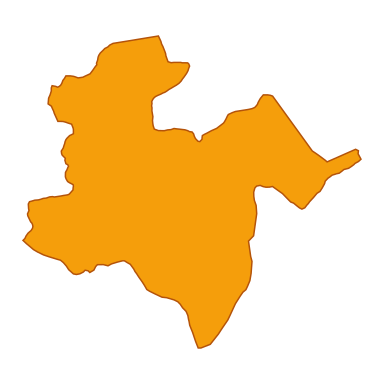 Akoko-Edo, Edo, Nigeria (orthographic projection)
{"feature_id": "59680162B54275853767873", "entity_name": "Akoko-Edo", "entity_type": "district", "adm_level": 2, "iso_a3": "NGA", "parent_name": "Nigeria", "parent_adm1": "Edo", "projection": "orthographic", "projection_center": [6.117, 7.352], "detail": "fine", "context": "isolated", "style": "filled", "palette": "amber", "viewbox_px": 384, "rotation_deg": 0, "n_neighbors": 0, "source": "geoboundaries", "source_scale": "gbopen_adm2", "svg_char_len": 4187}
<svg xmlns="http://www.w3.org/2000/svg" viewBox="0 0 384 384"><path d="M247.6,286.1L249.9,280.6L251.1,273.4L252.0,261.4L250.7,256.6L248.5,241.1L253.6,235.8L256.7,213.7L256.2,206.4L256.1,205.3L254.4,200.5L253.8,196.3L253.7,192.1L254.9,187.9L256.6,186.1L259.0,185.6L260.2,185.4L263.1,186.6L266.0,187.2L269.5,187.1L272.5,186.5L278.4,190.7L282.5,193.6L285.4,196.6L288.9,200.2L290.7,202.0L293.6,203.1L297.2,206.1L299.5,207.9L301.9,209.1L304.8,207.8L307.1,204.8L308.3,203.6L309.5,201.8L313.5,197.5L317.0,193.3L320.0,191.4L322.3,187.8L324.6,183.6L325.2,181.2L328.1,178.1L329.9,176.9L332.2,175.1L334.6,174.4L336.3,173.8L339.2,173.2L341.6,171.4L343.9,169.5L348.6,168.3L351.5,166.4L353.9,164.6L355.0,163.4L358.5,161.5L361.0,159.2L358.1,153.8L358.4,150.7L355.6,149.3L327.1,161.9L325.3,160.3L318.6,155.3L315.3,153.0L312.3,151.0L272.6,96.1L270.4,95.3L267.8,94.9L263.3,94.9L260.4,98.4L259.3,100.3L258.1,102.5L257.4,104.4L256.2,105.9L254.7,107.5L252.1,108.6L249.1,109.3L246.9,109.7L245.0,110.0L239.8,110.8L235.4,111.5L232.4,112.6L228.3,114.5L227.3,116.2L226.0,119.0L224.5,121.7L223.5,123.1L216.6,128.4L213.9,129.6L211.4,130.7L206.6,133.3L204.3,134.4L203.2,135.1L202.4,135.5L202.1,137.4L202.0,139.3L199.8,141.6L197.9,141.2L195.4,138.5L194.3,136.2L193.6,133.9L192.1,132.0L189.5,131.6L188.7,131.2L188.2,130.9L187.5,130.6L184.9,129.8L181.5,129.4L179.0,129.1L176.9,128.9L174.0,128.5L171.0,129.6L167.6,129.9L164.3,130.7L162.8,130.7L159.6,130.6L158.4,130.6L154.3,129.1L153.2,125.8L152.8,123.5L152.5,120.5L152.9,116.7L151.9,110.8L152.0,107.8L151.6,105.9L152.0,103.2L151.7,101.7L152.8,99.4L154.3,97.5L155.8,96.4L158.0,95.3L160.7,94.2L162.9,93.0L164.8,92.3L166.6,91.2L169.2,89.3L170.7,88.5L173.7,86.7L176.3,85.2L179.0,83.3L181.2,81.0L182.4,79.1L183.9,77.2L186.5,73.5L188.0,70.7L188.8,68.0L189.3,66.8L189.6,66.1L188.8,64.0L187.7,62.9L185.5,62.8L182.2,62.8L180.7,62.4L178.5,62.4L176.3,62.4L174.0,62.4L171.1,62.7L168.0,61.7L167.0,58.9L165.9,55.8L165.6,53.6L164.9,51.6L162.9,46.5L161.6,44.0L160.9,41.4L158.4,36.0L145.5,38.1L126.6,41.2L113.0,43.4L109.7,45.1L107.8,47.0L104.8,48.5L103.0,50.4L100.3,53.0L98.8,55.3L98.1,57.2L97.6,60.2L96.5,63.2L96.8,64.8L95.3,66.6L92.7,70.4L90.1,73.8L88.4,74.6L84.3,76.5L83.0,77.2L78.1,77.9L74.8,76.7L73.3,76.3L70.4,75.9L68.1,75.9L65.9,75.9L64.4,78.5L62.9,80.4L62.2,82.3L61.7,83.5L60.6,85.3L59.1,86.5L57.6,87.2L55.8,86.4L52.1,85.7L51.3,87.9L51.3,91.0L50.1,94.8L48.6,98.2L48.1,103.9L51.4,106.2L52.5,108.8L53.6,111.1L54.3,113.4L57.9,121.4L59.8,121.4L60.9,121.4L63.1,121.5L65.7,122.2L67.9,123.0L71.6,124.2L73.1,128.0L73.4,129.5L73.4,131.8L73.4,133.7L71.9,134.5L69.6,135.6L68.5,136.7L67.0,138.2L65.9,139.7L65.1,141.6L64.7,143.5L63.9,145.8L63.2,148.1L61.3,151.1L61.6,153.7L62.3,155.3L63.2,156.2L65.3,158.3L64.9,160.2L65.9,163.7L67.8,164.8L68.5,166.3L67.7,167.8L67.0,169.7L66.0,171.4L65.5,172.4L65.4,175.0L65.4,176.9L66.1,178.9L67.6,181.5L69.4,182.7L73.1,184.6L73.4,186.1L73.1,188.0L73.0,189.9L69.3,194.1L67.8,194.8L65.5,195.2L63.3,195.5L61.5,195.9L58.9,196.3L54.3,197.0L52.5,196.6L49.6,196.9L46.2,198.1L43.2,198.4L41.0,199.2L38.4,199.9L34.7,200.2L32.1,201.0L29.5,201.7L28.3,204.0L28.6,208.9L29.0,210.4L28.2,212.3L27.5,213.9L27.8,215.8L28.5,217.3L29.6,219.6L30.7,221.9L31.8,223.0L32.5,224.5L32.9,226.4L32.5,228.3L31.0,230.6L29.8,231.6L28.0,233.2L26.1,235.9L24.9,238.5L23.0,240.4L26.4,243.6L30.0,246.6L33.5,249.6L37.6,252.0L43.5,254.9L48.8,256.7L57.3,259.3L60.5,260.2L63.4,262.6L66.4,266.1L68.7,269.7L73.4,273.9L73.5,273.9L76.4,274.5L79.9,273.8L83.4,272.0L85.1,270.2L88.1,270.8L89.2,271.9L89.8,272.5L93.9,270.1L95.7,266.5L97.4,264.7L103.3,264.6L108.0,265.8L111.5,263.9L117.4,262.1L122.6,260.8L124.4,260.8L127.3,262.6L130.3,264.3L133.8,269.1L135.0,271.5L136.8,273.9L137.6,275.2L139.1,277.5L139.6,278.2L142.1,281.7L144.4,285.3L146.8,289.5L149.7,291.3L155.6,294.2L162.0,297.2L166.7,297.7L170.8,298.9L174.4,300.0L174.5,300.1L177.9,301.8L178.5,302.5L180.2,304.2L182.6,307.8L186.1,311.4L187.9,315.6L188.5,319.2L189.1,321.6L189.7,325.2L190.9,328.2L192.6,332.4L194.4,337.8L195.6,341.4L198.2,348.0L200.9,348.0L210.3,344.3L218.5,333.9L220.1,331.4L222.0,328.5L227.8,320.0L230.1,315.2L235.4,303.7L240.0,296.4L242.9,292.2L245.9,289.7L247.6,286.1Z" fill="#f59e0b" stroke="#b45309" stroke-width="1.5"/></svg>